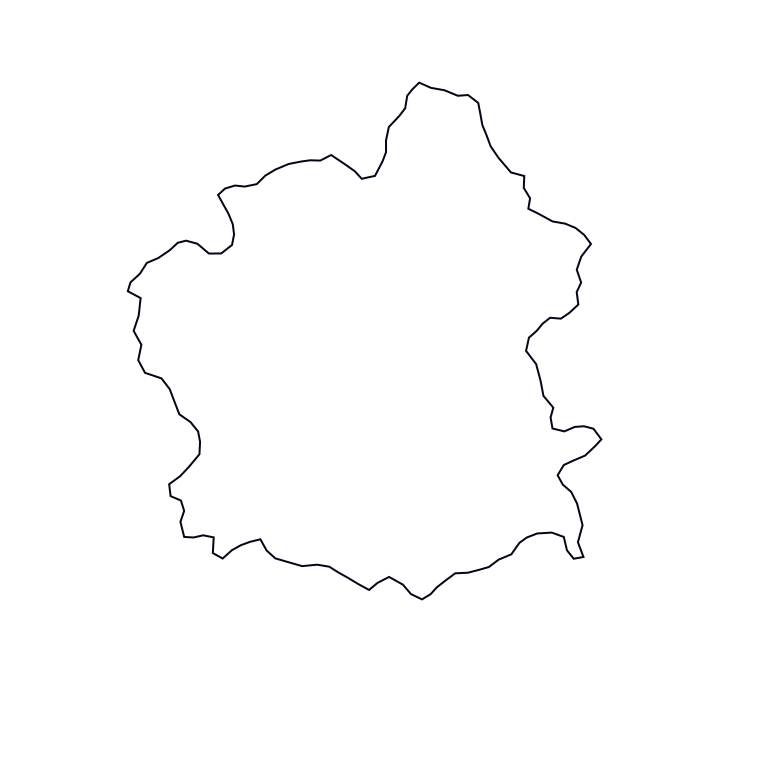 the district of Senhora de Oliveira, Minas Gerais, Brazil, rotated 331°
{"feature_id": "56859067B26008984255683", "entity_name": "Senhora de Oliveira", "entity_type": "district", "adm_level": 2, "iso_a3": "BRA", "parent_name": "Brazil", "parent_adm1": "Minas Gerais", "projection": "natural_earth1", "projection_center": [-43.346, -20.808], "detail": "fine", "context": "isolated", "style": "outline", "palette": "ink", "viewbox_px": 768, "rotation_deg": 331, "n_neighbors": 0, "source": "geoboundaries", "source_scale": "gbopen_adm2", "svg_char_len": 2062}
<svg xmlns="http://www.w3.org/2000/svg" viewBox="0 0 768 768"><g transform="rotate(331 384 384)"><path d="M632.9,361.9L631.4,350.8L627.2,340.4L620.1,331.5L610.2,323.5L601.4,309.6L595.2,300.7L601.8,292.4L601.3,280.3L607.5,270.1L597.6,260.5L593.8,241.7L592.5,227.8L594.3,216.1L595.6,205.0L598.9,195.4L602.7,183.9L597.6,172.0L588.3,167.7L579.3,156.4L568.6,147.7L560.9,137.5L552.1,139.9L544.1,143.1L536.2,153.1L527.2,157.0L512.8,161.6L503.8,172.0L498.2,182.2L490.5,188.7L477.0,197.6L464.0,193.7L461.6,183.7L455.9,172.0L448.8,158.1L436.6,157.7L427.8,152.5L419.2,149.2L407.1,145.3L393.0,143.8L381.3,144.2L369.6,147.5L357.9,143.8L349.9,138.2L339.7,136.0L330.5,138.2L330.5,159.9L329.2,170.9L325.4,180.5L318.5,188.7L304.9,190.9L294.1,185.0L288.8,170.9L280.4,162.7L272.0,160.5L261.6,163.1L247.7,164.4L235.3,163.1L224.1,169.2L211.5,172.2L204.9,178.7L212.8,190.9L202.5,205.4L190.8,216.1L190.8,232.1L180.6,244.0L180.4,258.4L192.1,271.2L194.1,284.6L192.1,298.5L190.3,311.3L196.3,323.5L198.4,335.4L195.1,345.4L188.5,356.0L172.6,362.1L160.9,365.8L147.5,367.5L143.0,378.6L149.9,387.5L147.7,398.1L139.1,405.9L135.1,420.9L143.0,425.9L152.5,428.7L160.7,435.6L152.3,448.9L158.3,458.4L170.6,455.6L180.6,455.6L190.3,457.1L200.6,459.9L200.6,472.7L204.4,483.8L213.4,492.9L224.1,503.6L237.9,509.6L247.5,517.2L252.8,526.8L258.3,535.7L264.4,546.3L271.1,556.9L281.9,554.8L294.9,555.2L303.3,568.7L305.7,580.8L312.8,590.8L323.0,590.4L331.4,587.5L341.9,585.8L354.5,584.1L365.8,589.7L376.6,592.5L387.0,594.9L399.1,593.2L412.8,594.7L425.4,588.6L434.4,587.5L445.5,589.0L458.7,595.3L467.1,604.9L463.4,618.1L465.2,628.8L474.6,632.0L476.9,616.4L489.2,603.8L494.9,582.1L495.4,569.1L491.6,558.7L491.6,548.0L502.0,542.0L512.6,542.8L525.2,544.1L538.5,540.7L547.3,537.8L545.5,524.6L538.4,517.9L530.0,514.0L518.8,512.9L509.8,504.6L513.5,494.0L520.6,486.8L517.7,471.7L522.5,457.1L526.7,440.4L524.3,423.9L533.3,413.7L543.1,411.6L552.1,408.1L561.4,406.6L570.4,412.6L580.8,411.6L592.5,408.7L597.1,397.0L605.6,390.9L608.0,377.5L618.3,368.2L632.9,361.9Z" fill="none" stroke="#020617" stroke-width="2"/></g></svg>